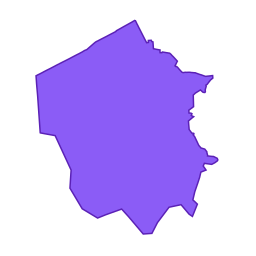 outline of Gebrat Al Sheikh, North Kordufan, Sudan, rotated 266°
{"feature_id": "16777658B91752448930430", "entity_name": "Gebrat Al Sheikh", "entity_type": "district", "adm_level": 2, "iso_a3": "SDN", "parent_name": "Sudan", "parent_adm1": "North Kordufan", "projection": "mercator", "projection_center": [31.456, 15.37], "detail": "fine", "context": "isolated", "style": "filled", "palette": "violet", "viewbox_px": 256, "rotation_deg": 266, "n_neighbors": 0, "source": "geoboundaries", "source_scale": "gbopen_adm2", "svg_char_len": 2724}
<svg xmlns="http://www.w3.org/2000/svg" viewBox="0 0 256 256"><g transform="rotate(266 128 128)"><path d="M129.3,40.1L129.2,40.2L129.2,40.4L128.0,44.9L127.1,48.5L125.5,54.8L90.0,68.3L72.0,65.9L50.6,76.7L40.3,91.4L43.0,99.7L47.6,116.0L39.6,122.3L21.2,135.8L21.2,144.5L31.6,150.8L46.1,163.4L47.8,175.6L37.8,182.9L35.3,186.1L47.2,191.9L51.8,187.7L59.8,190.2L68.3,193.8L73.7,196.0L78.9,197.6L80.6,202.9L84.8,200.4L87.4,201.7L85.9,209.0L87.3,212.2L89.0,214.9L89.9,215.4L91.5,214.9L93.6,211.4L93.9,209.2L94.6,205.5L94.8,205.6L97.8,205.0L98.8,205.0L101.6,203.1L103.0,199.4L103.6,199.0L105.7,197.4L114.7,193.9L116.7,192.5L117.5,193.4L118.1,193.1L118.5,191.3L122.2,188.9L127.7,188.8L130.8,188.8L133.5,192.5L134.7,194.3L136.0,192.0L137.8,192.8L138.4,191.9L138.7,189.9L141.5,189.9L144.7,194.9L156.3,195.4L157.4,196.8L158.1,197.6L160.9,202.9L158.5,205.2L158.1,206.4L158.1,207.2L158.7,207.7L159.7,207.7L160.6,207.7L161.9,208.1L163.2,208.6L164.1,208.9L164.7,208.8L165.0,208.7L165.5,208.9L165.6,209.4L166.1,210.1L166.7,210.6L167.4,211.2L169.6,213.2L170.2,213.7L170.5,214.2L170.8,214.7L171.3,215.1L171.5,215.8L171.9,216.1L173.4,216.1L174.4,216.1L174.4,215.3L174.3,214.6L174.2,211.6L174.2,211.4L174.1,209.4L174.1,209.0L174.4,208.2L175.9,204.8L176.1,204.3L176.3,203.6L177.8,200.2L178.4,198.9L178.6,197.2L178.8,196.1L178.9,195.3L179.3,193.5L179.4,191.7L179.4,191.0L179.4,190.5L179.5,189.6L179.6,189.1L179.4,186.8L179.9,185.7L183.4,182.9L184.3,182.3L184.9,181.8L185.9,180.9L186.1,179.6L186.9,179.3L187.3,179.6L187.6,179.8L188.1,180.1L189.9,181.1L191.2,181.9L193.5,180.1L196.0,178.1L197.2,177.0L197.7,176.6L198.2,176.3L198.4,176.1L199.7,174.8L200.4,171.9L200.9,169.8L201.4,167.6L200.8,167.1L200.9,165.7L200.9,165.3L202.1,165.2L203.6,165.4L204.6,161.5L205.1,159.8L205.3,158.9L206.1,158.9L208.1,158.9L210.2,158.9L211.3,158.9L211.8,158.9L212.3,158.8L212.5,157.8L213.9,157.3L213.9,154.4L211.9,154.3L211.9,154.1L211.8,152.5L212.2,152.4L212.9,152.0L213.9,151.6L215.9,150.7L216.4,150.5L226.8,146.1L227.6,145.7L228.2,145.5L229.4,145.0L229.7,144.9L231.2,144.2L233.1,143.5L233.3,143.4L234.5,142.9L234.6,142.5L234.7,142.3L234.8,142.1L234.7,142.0L234.2,140.9L233.9,140.3L232.9,138.3L232.7,137.8L232.0,136.3L231.9,136.1L229.2,130.3L227.8,127.4L225.8,123.1L225.1,122.6L224.1,120.3L222.2,115.9L220.9,113.0L218.9,108.3L217.7,105.5L216.8,103.5L216.8,103.3L216.0,101.6L214.7,99.8L211.0,94.9L209.1,92.4L208.3,89.9L208.2,89.8L207.0,87.5L206.3,85.9L205.6,84.4L204.8,82.4L202.4,76.9L201.4,74.7L199.2,69.5L198.3,67.3L195.8,61.4L194.8,59.2L192.7,54.4L191.6,51.7L189.7,47.3L189.6,47.2L188.7,45.1L187.8,43.0L187.4,41.9L187.0,41.1L186.5,39.9L177.6,39.9L166.0,40.1L159.8,40.1L140.9,40.1L134.8,40.1L129.3,40.1Z" fill="#8b5cf6" stroke="#5b21b6" stroke-width="1.5"/></g></svg>